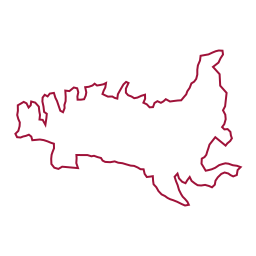 outline of Dona Emma, Santa Catarina, Brazil
{"feature_id": "56859067B98019570265908", "entity_name": "Dona Emma", "entity_type": "district", "adm_level": 2, "iso_a3": "BRA", "parent_name": "Brazil", "parent_adm1": "Santa Catarina", "projection": "robinson", "projection_center": [-49.782, -26.987], "detail": "fine", "context": "isolated", "style": "outline", "palette": "rose", "viewbox_px": 256, "rotation_deg": 0, "n_neighbors": 0, "source": "geoboundaries", "source_scale": "gbopen_adm2", "svg_char_len": 2906}
<svg xmlns="http://www.w3.org/2000/svg" viewBox="0 0 256 256"><path d="M218.5,62.6L220.5,58.3L223.0,54.5L222.5,50.7L218.8,50.5L215.8,51.2L212.6,52.5L208.5,54.4L204.5,55.1L200.6,55.8L200.0,60.5L197.9,65.4L197.3,69.7L197.3,74.6L196.2,78.9L194.1,81.7L191.4,83.4L189.7,87.8L187.3,91.3L186.2,94.4L184.2,96.7L181.2,100.3L177.8,100.5L174.5,100.9L170.0,101.5L165.8,99.2L163.4,101.4L160.9,102.8L157.4,101.2L154.5,103.0L153.0,107.1L149.6,107.3L146.8,104.3L143.4,102.7L145.1,98.8L145.0,94.7L141.3,95.8L137.4,97.6L134.2,98.2L131.5,96.5L128.1,95.2L125.9,92.7L125.9,88.6L128.5,83.0L126.1,81.9L123.4,84.5L121.5,87.8L119.9,90.6L117.9,94.2L117.3,98.6L114.7,97.9L112.3,96.5L107.9,96.6L105.3,95.4L102.5,94.0L103.7,90.6L105.3,87.5L106.0,83.0L103.4,84.3L100.1,85.0L97.0,85.5L94.6,83.7L92.5,85.5L88.8,86.8L85.2,87.2L86.3,92.4L85.7,95.6L84.1,99.2L80.7,99.7L77.6,99.7L77.4,96.5L78.3,92.3L77.2,88.3L73.8,87.5L69.4,91.1L65.3,90.6L65.7,96.7L65.6,101.2L64.4,105.0L64.6,108.1L63.0,112.2L60.3,110.7L58.9,106.6L57.0,101.0L55.4,97.8L53.9,92.9L49.8,93.6L47.6,96.4L44.7,94.8L42.6,97.6L42.4,101.5L43.5,106.6L44.1,111.9L46.8,113.8L46.4,118.0L45.4,124.8L42.7,119.9L39.5,119.5L40.0,115.0L39.3,111.3L38.8,106.6L35.2,102.6L31.2,101.5L30.7,105.3L28.6,107.5L26.5,103.3L23.7,101.9L21.0,103.5L17.8,105.3L17.9,110.8L17.2,115.0L18.3,119.0L19.8,122.4L19.6,126.2L18.3,130.9L15.4,133.8L17.1,137.2L20.6,137.5L23.1,136.5L25.8,135.9L28.9,134.7L31.3,136.6L32.3,140.2L35.7,139.9L39.8,139.5L43.7,140.1L47.4,141.3L51.0,142.8L53.9,143.7L54.0,148.3L52.6,151.8L51.6,154.8L51.2,158.8L51.4,164.0L54.3,167.7L58.4,168.9L62.2,166.7L78.0,168.1L76.3,163.1L76.6,158.2L76.4,155.0L87.6,155.1L91.4,156.3L94.0,155.8L97.6,157.1L101.0,158.0L102.6,160.6L105.2,161.9L110.2,162.2L114.7,161.4L118.2,162.7L122.4,163.2L126.4,164.4L130.6,165.6L134.1,165.9L137.7,167.5L140.5,169.2L143.6,169.3L144.6,173.8L146.8,177.0L150.1,176.6L152.8,176.2L153.1,180.9L153.6,184.3L156.3,187.2L158.5,191.1L161.6,194.4L164.9,196.0L167.5,197.9L170.1,199.2L173.2,200.2L177.2,201.8L181.8,204.1L185.0,205.5L188.8,204.8L187.4,201.8L185.1,199.1L182.7,196.7L181.1,194.1L179.0,189.9L177.6,185.0L176.1,181.4L174.6,176.8L177.5,173.6L179.0,178.4L182.2,181.8L185.5,183.2L187.3,180.2L189.7,177.0L191.6,180.9L194.7,183.3L197.6,185.2L201.1,185.5L205.1,184.9L209.0,186.0L212.0,187.3L214.8,184.7L215.5,180.7L217.8,177.3L221.3,173.9L224.6,172.5L228.3,173.5L230.5,175.1L233.2,176.4L236.8,175.0L237.6,170.1L240.6,167.1L237.0,165.8L232.7,165.2L228.5,163.7L225.4,163.3L222.7,164.0L219.2,165.1L215.2,167.8L211.7,169.3L208.5,170.1L205.7,170.7L203.8,167.5L201.5,163.7L201.8,158.6L204.5,157.1L206.3,154.8L207.2,151.7L208.4,148.2L209.5,144.6L215.3,137.2L225.6,145.6L227.3,143.4L230.2,141.0L231.9,138.3L230.9,135.5L230.4,131.9L227.6,129.1L224.4,129.4L222.1,127.1L224.3,124.1L225.7,119.2L225.3,114.7L223.0,110.3L225.1,106.3L226.6,92.9L220.2,85.7L219.6,74.2L213.0,66.9L218.5,62.6Z" fill="none" stroke="#9f1239" stroke-width="2"/></svg>